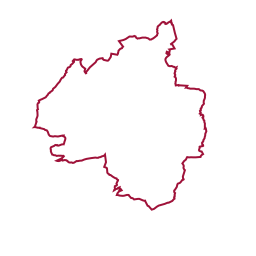 the district of Españita, Tlaxcala, Mexico, rotated 65°
{"feature_id": "50627088B92802360326073", "entity_name": "Españita", "entity_type": "district", "adm_level": 2, "iso_a3": "MEX", "parent_name": "Mexico", "parent_adm1": "Tlaxcala", "projection": "equal_earth", "projection_center": [-98.438, 19.441], "detail": "fine", "context": "isolated", "style": "outline", "palette": "rose", "viewbox_px": 256, "rotation_deg": 65, "n_neighbors": 0, "source": "geoboundaries", "source_scale": "gbopen_adm2", "svg_char_len": 5688}
<svg xmlns="http://www.w3.org/2000/svg" viewBox="0 0 256 256"><g transform="rotate(65 128 128)"><path d="M65.5,197.3L66.8,197.4L67.1,197.6L67.5,198.2L67.5,199.2L68.4,200.1L71.9,201.5L73.0,201.7L73.2,202.7L73.8,203.1L74.9,203.2L78.3,204.6L79.3,205.3L81.4,207.5L83.0,208.2L83.7,208.2L83.8,208.6L84.8,209.3L87.3,211.7L87.6,212.5L87.8,211.9L89.6,209.7L90.4,207.9L90.7,208.0L93.4,204.7L93.8,204.3L94.7,204.0L95.8,202.6L97.4,202.3L100.5,202.6L102.0,202.2L102.4,201.9L104.1,199.5L104.5,197.8L106.1,195.1L107.2,190.4L107.6,189.5L108.2,190.1L109.1,189.3L110.3,189.0L111.3,189.3L112.5,190.3L113.7,191.5L115.0,192.5L115.3,193.0L115.6,193.2L115.4,193.5L114.9,195.0L114.7,197.8L114.5,198.7L114.0,199.4L113.6,199.3L113.4,199.5L113.3,200.2L112.8,200.7L112.7,201.4L113.0,202.4L112.9,205.8L113.2,206.3L114.2,207.0L115.3,207.1L116.3,207.7L117.6,207.9L120.1,207.9L120.3,207.5L121.3,206.7L122.1,205.3L123.1,204.5L123.9,202.2L124.3,201.7L124.6,200.8L125.5,199.3L125.9,198.3L126.5,198.1L126.9,198.9L127.5,201.2L127.5,206.5L128.1,205.9L128.8,204.5L129.1,201.0L129.9,200.9L130.2,199.1L131.0,197.7L131.7,197.4L132.1,196.8L132.6,196.8L133.9,196.3L134.8,195.2L135.4,193.6L136.4,192.7L136.6,191.3L136.2,188.6L136.8,187.5L137.3,185.4L138.0,183.7L138.1,181.0L138.5,178.5L139.7,174.2L141.0,170.1L141.8,168.9L142.4,167.6L142.3,166.7L142.8,165.0L142.6,164.2L143.0,161.6L142.9,161.1L142.4,160.1L149.7,162.4L153.2,166.0L155.1,164.2L156.0,164.2L159.7,165.6L160.6,165.5L161.6,164.8L162.6,164.7L163.2,163.7L165.5,162.5L167.3,161.3L168.2,160.6L168.9,159.7L169.9,159.7L170.9,159.0L171.4,159.3L172.3,160.6L173.6,162.0L174.8,162.0L175.1,162.2L175.3,162.8L175.2,164.5L176.4,165.2L177.6,165.3L178.2,166.5L178.6,166.9L178.5,165.8L178.1,165.3L178.5,163.5L178.1,162.2L178.2,160.7L178.9,161.2L179.9,160.6L180.3,160.7L180.5,161.0L180.7,160.3L181.8,160.1L181.7,162.4L180.9,162.3L181.7,163.0L182.7,165.1L184.0,166.4L184.2,165.9L185.8,164.0L187.3,161.4L187.7,160.2L188.2,157.3L188.8,156.0L189.0,155.7L190.5,155.5L191.3,155.1L192.3,155.0L192.9,154.6L193.1,154.0L194.0,153.2L195.3,152.7L196.5,148.7L197.0,147.7L200.0,145.0L200.9,143.9L201.1,143.2L201.8,143.3L206.8,143.1L207.5,142.3L212.0,141.0L212.3,138.6L211.5,135.0L211.3,132.9L212.3,126.8L212.4,124.3L212.6,123.1L212.9,122.7L212.8,118.6L211.8,116.5L211.8,115.8L211.1,115.4L210.2,115.5L209.4,114.3L208.5,114.2L206.9,112.8L206.0,113.2L204.8,112.9L204.2,112.5L203.8,111.5L202.1,108.8L199.9,107.0L199.5,106.3L199.7,104.4L199.3,103.1L198.1,100.9L198.3,100.4L198.1,100.1L198.1,99.3L197.8,99.2L196.9,99.4L195.2,98.8L190.3,94.3L190.0,94.6L187.6,94.6L186.0,93.5L184.5,93.4L183.1,93.7L181.7,91.2L181.1,88.9L179.4,86.8L179.6,86.3L180.4,85.2L181.0,83.6L183.1,79.3L184.9,74.5L184.2,73.9L183.6,72.7L183.4,71.0L180.4,71.2L179.9,72.1L178.8,73.0L178.0,73.0L176.0,71.2L175.4,71.2L175.2,70.9L176.0,67.8L175.9,67.4L175.0,67.2L174.7,67.6L174.4,67.7L173.6,67.3L172.9,67.3L172.4,66.7L172.1,65.7L171.5,65.1L170.9,64.9L169.7,63.0L168.5,62.2L167.6,61.3L165.9,60.4L164.1,58.4L161.7,57.8L161.1,58.8L160.2,57.7L159.7,58.0L156.4,56.4L154.9,56.3L153.5,55.7L152.5,56.1L151.2,55.8L150.3,56.1L150.2,55.4L149.7,54.9L148.7,55.1L148.3,54.5L147.5,54.8L147.0,55.7L147.0,56.3L146.6,56.0L146.1,56.1L145.8,56.5L145.4,56.8L144.9,55.6L143.9,55.5L143.6,55.7L143.3,55.5L142.8,55.5L142.6,55.1L142.5,54.3L141.2,54.0L141.0,53.8L140.9,53.1L140.7,52.6L139.7,52.0L139.2,51.4L138.5,49.7L138.1,48.9L137.0,48.7L135.3,47.8L134.0,46.3L133.1,45.5L131.5,44.7L130.7,44.1L129.2,43.8L126.4,44.2L125.5,44.9L124.5,46.5L122.7,47.4L121.6,49.7L120.5,51.1L118.6,55.1L118.1,55.5L117.0,57.2L116.1,57.7L115.9,58.3L114.8,56.5L111.4,62.7L111.0,64.1L110.4,64.0L109.6,66.7L108.3,66.3L107.9,66.4L107.5,66.0L106.1,65.3L105.6,64.7L103.7,63.7L102.2,63.5L101.2,64.1L99.9,62.7L98.6,62.8L98.3,62.5L98.0,62.6L97.4,62.0L96.9,61.3L96.6,61.4L95.8,61.0L95.2,60.2L94.7,58.9L93.9,58.9L93.5,58.5L93.5,59.0L93.3,59.5L92.6,60.3L92.2,60.2L91.1,61.6L90.3,62.1L89.7,63.9L88.7,65.1L84.7,65.6L82.8,65.5L81.4,65.0L80.6,64.0L80.1,62.9L79.3,59.6L79.0,59.3L77.7,61.0L76.5,61.6L75.3,60.6L77.3,58.8L74.8,57.0L74.3,57.2L75.6,52.2L70.6,52.6L70.2,54.3L69.3,50.0L68.8,48.7L68.2,47.7L67.7,46.3L61.5,45.3L53.8,43.7L53.3,43.9L52.8,44.5L51.5,43.9L50.8,44.5L50.3,44.5L50.0,44.3L49.5,43.6L48.9,43.5L49.3,44.4L49.4,47.0L49.8,48.0L49.8,49.7L49.4,50.1L48.8,49.6L48.4,49.7L47.8,50.3L47.7,50.6L47.1,50.6L46.7,51.4L46.7,52.7L47.4,54.6L48.1,55.9L48.1,56.8L48.3,57.5L48.6,57.8L48.9,58.5L50.1,59.1L50.8,60.0L52.0,60.1L53.1,61.0L53.6,61.1L54.7,61.0L55.6,62.1L56.3,62.5L57.2,66.0L57.3,66.9L57.5,67.4L57.4,68.0L57.6,69.5L57.0,71.0L55.4,71.7L53.4,74.0L52.1,76.9L51.6,79.6L51.0,80.9L51.0,81.6L49.7,82.4L48.1,82.5L47.9,83.0L47.2,83.5L47.3,84.2L47.1,85.3L45.7,88.0L46.4,92.5L46.3,95.0L45.8,97.6L45.5,98.6L45.4,99.5L52.2,98.1L52.4,98.9L53.1,99.7L53.0,101.6L53.9,103.9L55.0,104.6L55.7,105.3L56.3,105.6L57.1,106.7L53.6,111.7L56.3,113.6L58.2,116.7L58.5,117.8L58.2,118.4L56.0,121.2L55.2,121.6L54.0,121.5L53.1,124.4L53.1,127.0L53.6,128.1L54.5,129.2L54.8,129.8L56.9,136.9L58.5,140.0L59.4,142.0L59.9,142.5L60.6,142.7L60.6,143.1L58.5,143.5L58.0,143.3L56.2,141.7L53.0,143.4L51.6,143.7L50.2,143.7L48.0,143.2L47.4,142.7L46.3,141.0L45.9,141.0L45.7,141.3L45.2,143.2L45.4,143.8L44.3,146.1L43.8,146.7L43.5,147.0L43.1,147.8L44.0,149.8L44.4,149.7L44.8,148.8L45.3,149.0L46.3,151.4L46.7,153.3L46.9,153.6L47.6,153.9L48.0,154.6L48.1,155.5L47.9,156.2L47.9,157.0L49.7,159.2L49.9,160.0L50.4,160.3L51.5,160.1L51.7,160.7L52.4,162.2L52.8,162.5L53.5,162.7L53.8,163.6L54.8,165.4L54.8,165.7L54.6,166.6L55.6,168.4L57.1,170.3L58.2,173.0L60.1,176.5L60.8,179.3L62.0,180.4L62.4,182.1L62.5,183.3L63.1,184.2L63.0,185.1L63.1,185.5L64.0,186.6L64.4,187.7L65.4,189.6L65.5,193.8L65.4,195.5L65.5,197.3Z" fill="none" stroke="#9f1239" stroke-width="2"/></g></svg>